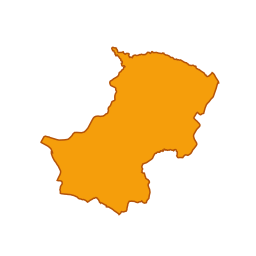 Kenedougou, Kénédougou, Burkina Faso (Albers equal-area conic projection), rotated 31°
{"feature_id": "67063806B9375485614542", "entity_name": "Kenedougou", "entity_type": "district", "adm_level": 2, "iso_a3": "BFA", "parent_name": "Burkina Faso", "parent_adm1": "Kénédougou", "projection": "albers", "projection_center": [-4.927, 11.414], "detail": "fine", "context": "isolated", "style": "filled", "palette": "amber", "viewbox_px": 256, "rotation_deg": 31, "n_neighbors": 0, "source": "geoboundaries", "source_scale": "gbopen_adm2", "svg_char_len": 5825}
<svg xmlns="http://www.w3.org/2000/svg" viewBox="0 0 256 256"><g transform="rotate(31 128 128)"><path d="M171.6,37.2L171.6,38.2L170.6,41.7L169.6,43.0L169.2,43.2L167.6,42.8L167.5,42.6L167.3,42.7L166.6,42.6L165.0,41.7L161.6,41.6L158.9,41.3L158.8,41.5L156.1,41.6L155.3,41.3L154.9,40.9L154.5,40.2L154.0,40.2L153.3,40.8L151.8,40.6L150.9,41.1L150.2,41.8L148.3,42.5L147.4,42.6L146.6,42.2L145.6,42.3L144.7,42.0L142.8,42.6L138.0,42.6L137.2,43.3L135.8,43.6L135.1,44.2L134.7,44.2L134.2,43.9L133.0,45.0L132.1,45.2L130.5,44.7L129.7,44.7L128.3,45.5L126.4,45.1L124.3,45.3L122.6,46.0L120.9,46.0L120.2,45.4L119.6,45.7L119.6,45.9L119.0,46.0L118.9,46.5L118.4,46.9L115.5,48.1L113.4,48.6L111.5,50.0L110.6,50.4L110.1,50.1L109.4,50.1L109.1,50.3L108.9,52.4L108.4,52.6L107.3,52.3L106.0,52.9L105.7,53.3L105.7,54.1L105.0,56.1L104.5,56.6L103.9,56.7L103.3,57.4L101.4,57.9L100.6,59.1L100.0,59.2L99.4,60.4L97.8,61.6L96.7,61.7L95.7,62.6L95.1,63.9L95.4,64.0L95.5,64.4L95.2,65.1L95.3,65.6L93.9,65.7L93.3,66.6L92.9,66.6L92.4,66.0L91.5,65.8L91.1,65.3L90.9,64.1L90.6,63.9L89.7,64.0L88.1,65.0L87.6,66.2L85.5,66.0L84.8,65.2L84.6,65.2L83.9,66.3L81.0,68.2L80.0,68.2L79.1,67.0L78.3,66.5L77.4,66.4L77.0,65.6L76.1,65.7L75.9,66.0L74.7,66.4L73.5,66.6L73.1,67.1L73.0,67.8L73.3,68.4L74.4,69.0L75.0,69.6L75.3,69.6L75.8,69.1L76.3,69.2L76.8,69.9L78.1,70.2L78.7,71.3L79.4,71.4L79.9,72.0L80.5,72.3L80.9,71.9L81.0,71.3L81.4,71.0L81.9,71.4L83.3,71.5L83.7,71.9L85.3,72.6L86.4,72.7L87.0,73.7L87.5,73.9L88.7,73.9L89.6,75.3L89.0,76.0L90.7,77.7L91.2,77.8L92.4,76.8L93.0,76.7L93.8,77.1L93.1,78.3L93.6,79.6L93.6,80.1L92.8,81.7L92.9,83.1L92.0,84.9L92.7,87.5L92.7,88.4L92.1,90.1L90.2,93.5L90.0,94.4L88.7,97.0L88.8,98.1L89.6,99.2L90.9,100.2L91.7,100.4L95.9,100.0L97.0,100.2L97.9,101.7L98.8,102.1L99.6,103.0L99.6,105.1L100.1,107.0L100.8,108.4L102.2,110.4L102.3,111.2L100.7,113.6L101.4,117.9L100.8,120.3L100.9,121.1L101.3,122.1L102.4,123.4L102.6,124.6L102.9,125.2L102.7,126.3L101.8,127.4L101.3,129.2L100.5,130.6L98.3,132.3L96.2,133.2L94.4,134.6L93.5,136.0L93.2,137.3L93.2,139.4L93.7,148.4L93.6,149.4L93.2,151.9L92.5,154.0L90.6,156.0L86.5,158.1L84.5,159.4L83.8,161.9L84.0,163.0L83.4,165.8L82.6,168.3L81.6,169.3L79.5,171.0L75.1,173.9L73.0,174.6L65.9,176.4L64.8,176.4L64.2,176.8L61.3,177.6L60.5,178.9L60.7,184.6L60.9,185.1L67.7,184.8L69.2,184.8L71.9,185.3L72.8,185.6L75.8,187.8L76.0,188.1L74.7,188.1L75.2,189.0L75.6,189.5L78.5,191.9L81.8,193.9L83.8,194.6L86.0,195.8L87.9,196.6L92.3,199.5L92.5,199.7L93.2,201.0L93.6,202.4L93.8,204.0L93.9,205.9L94.3,209.4L95.6,209.0L96.8,208.2L98.0,207.9L98.4,208.0L98.6,207.9L99.2,208.2L100.0,209.1L100.3,209.8L100.3,212.4L100.4,213.3L101.1,214.7L101.4,215.9L102.8,217.3L103.5,218.7L103.7,218.8L104.7,218.6L107.9,217.2L109.6,216.3L110.7,215.9L112.2,215.1L113.8,214.4L114.4,214.4L115.7,213.9L117.4,213.6L118.9,213.5L119.5,213.3L120.2,213.4L121.7,213.8L122.7,213.8L124.0,213.2L125.9,212.9L126.6,212.3L127.1,212.1L129.3,211.9L130.5,212.2L131.4,212.3L131.4,211.9L131.9,211.7L132.2,211.2L132.3,210.6L132.8,209.4L133.8,207.8L133.8,207.7L134.1,207.3L134.6,206.0L135.4,205.5L136.2,204.2L136.8,204.0L137.7,204.0L138.0,204.3L139.3,204.5L140.9,205.4L141.6,206.1L142.0,206.2L141.9,206.1L142.6,206.1L145.0,205.7L148.0,205.7L149.4,205.5L149.6,205.6L149.7,206.3L150.0,206.7L150.6,206.5L151.9,205.7L155.7,205.6L157.3,205.7L158.7,206.0L162.5,206.2L164.3,206.4L164.9,206.8L165.2,206.0L165.5,204.7L165.5,203.0L166.4,202.7L167.5,202.1L168.8,200.6L169.2,200.3L169.3,199.9L169.1,198.6L168.4,197.2L167.5,194.3L166.9,193.0L166.8,190.2L168.5,189.1L168.8,188.7L170.1,188.3L170.8,187.8L171.4,187.6L173.3,187.4L174.6,187.0L175.1,186.6L175.5,185.7L177.0,184.5L177.3,183.9L177.4,183.5L179.3,184.1L179.9,184.1L180.2,183.9L181.0,183.8L182.2,182.5L181.7,181.1L181.7,180.4L181.7,179.9L182.1,177.6L181.0,174.9L180.1,172.1L179.8,171.6L178.0,169.4L176.4,168.3L174.6,166.6L174.5,166.2L174.2,165.7L174.2,165.4L174.4,165.0L174.3,164.5L174.4,163.7L173.9,163.2L173.8,162.8L173.3,162.5L172.5,162.4L172.1,162.1L171.6,162.0L170.3,162.1L169.2,162.0L168.9,161.7L168.6,161.3L168.3,161.0L167.8,160.8L166.4,159.4L166.1,159.2L165.3,158.3L164.6,158.8L164.2,158.7L163.7,158.9L162.6,158.8L162.7,158.3L161.9,157.3L161.7,156.8L161.8,156.2L161.6,155.5L160.0,154.5L159.7,154.1L159.7,153.5L159.5,153.2L159.4,152.1L159.2,151.5L159.2,151.2L159.6,150.9L159.9,150.3L161.7,148.2L164.3,142.5L164.6,141.2L164.3,138.7L164.2,136.3L164.6,135.7L165.0,135.3L164.9,135.2L165.3,134.8L165.3,134.2L165.8,133.4L166.1,133.3L166.1,133.2L166.4,133.0L166.8,132.9L167.1,132.5L167.3,132.6L167.6,132.5L167.8,131.8L167.8,131.3L167.9,131.1L168.0,131.0L167.8,130.8L168.6,130.5L169.0,130.2L169.0,129.3L169.3,129.3L169.9,129.4L169.7,128.8L169.9,128.6L170.0,128.9L170.2,128.3L170.0,127.6L170.6,127.6L170.5,127.4L171.2,127.3L171.7,127.4L171.9,127.0L172.4,126.8L172.8,127.0L173.2,126.9L174.1,126.0L174.7,125.8L175.2,124.8L175.5,124.7L176.7,124.5L178.4,123.9L178.9,124.0L179.0,123.5L178.7,123.3L178.8,122.8L179.9,122.0L180.2,121.9L180.8,122.2L181.4,122.9L182.5,123.1L182.8,123.5L183.1,124.3L183.7,124.9L183.7,125.3L184.1,126.2L184.1,126.8L184.9,127.1L185.6,127.6L186.3,127.6L187.8,126.5L190.2,125.2L190.3,123.6L190.7,122.1L191.2,121.4L191.7,121.1L193.4,120.6L194.5,118.6L194.7,117.9L195.0,117.2L194.9,116.7L195.0,115.8L194.8,113.5L195.1,111.8L195.5,108.5L195.5,107.0L195.3,106.4L194.5,105.5L190.8,103.5L189.8,102.7L188.4,101.3L187.8,100.0L187.7,98.8L187.6,94.0L187.8,93.0L188.5,89.9L188.5,89.3L188.2,88.6L187.7,88.0L186.3,87.4L184.7,87.0L183.5,86.6L182.0,86.4L179.7,85.8L179.4,85.6L179.1,85.0L179.1,83.7L179.1,80.5L179.3,79.2L179.4,78.9L179.7,78.9L181.5,79.3L182.8,79.4L183.5,79.2L184.2,77.6L185.3,76.5L183.8,71.3L183.2,67.7L183.4,65.9L183.9,63.8L184.3,60.2L184.9,58.1L184.9,57.0L183.1,48.4L182.1,45.0L181.8,42.6L182.4,42.6L182.2,42.2L181.5,41.6L176.9,39.3L174.8,38.0L173.1,37.3L171.6,37.2Z" fill="#f59e0b" stroke="#b45309" stroke-width="1.5"/></g></svg>